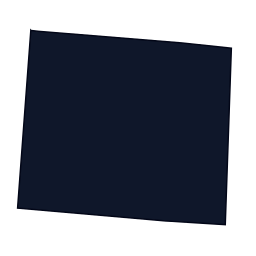 La Salle, Texas, United States of America, rotated 275°
{"feature_id": "52423323B67793839713525", "entity_name": "La Salle", "entity_type": "district", "adm_level": 2, "iso_a3": "USA", "parent_name": "United States of America", "parent_adm1": "Texas", "projection": "albers", "projection_center": [-99.098, 28.339], "detail": "fine", "context": "isolated", "style": "filled", "palette": "ink", "viewbox_px": 256, "rotation_deg": 275, "n_neighbors": 0, "source": "geoboundaries", "source_scale": "gbopen_adm2", "svg_char_len": 281}
<svg xmlns="http://www.w3.org/2000/svg" viewBox="0 0 256 256"><g transform="rotate(275 128 128)"><path d="M38.6,25.0L38.7,173.8L38.8,176.3L40.2,233.3L216.5,224.0L217.4,174.6L216.5,30.3L216.7,22.8L216.8,22.7L38.6,25.0Z" fill="#0f172a" stroke="#020617" stroke-width="1.5"/></g></svg>